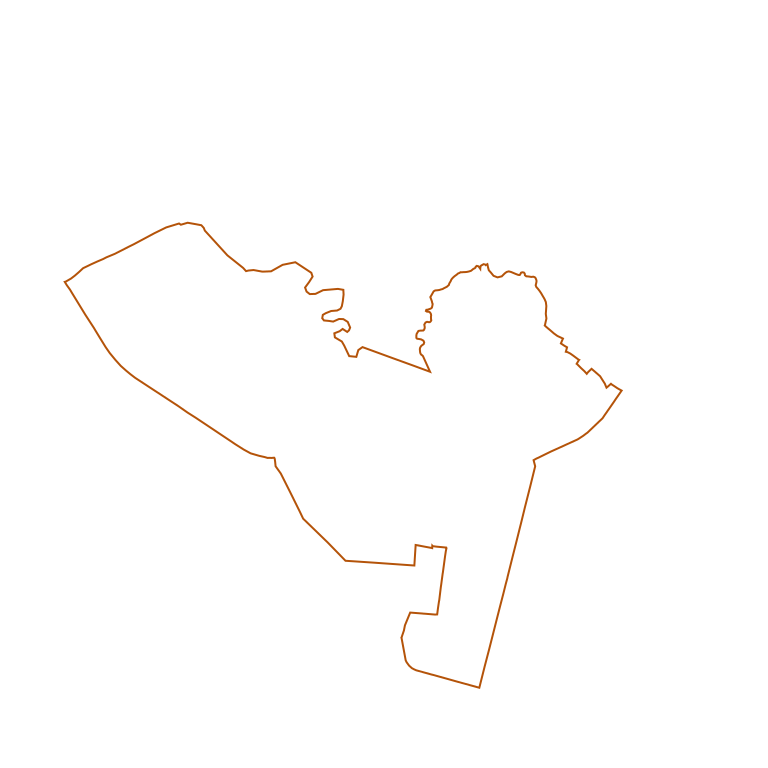 outline of Jeshwang, Banjul, Gambia, rotated 228°
{"feature_id": "56634734B33214654746760", "entity_name": "Jeshwang", "entity_type": "district", "adm_level": 2, "iso_a3": "GMB", "parent_name": "Gambia", "parent_adm1": "Banjul", "projection": "mercator", "projection_center": [-16.661, 13.451], "detail": "fine", "context": "isolated", "style": "outline", "palette": "amber", "viewbox_px": 768, "rotation_deg": 228, "n_neighbors": 0, "source": "geoboundaries", "source_scale": "gbopen_adm2", "svg_char_len": 5467}
<svg xmlns="http://www.w3.org/2000/svg" viewBox="0 0 768 768"><g transform="rotate(228 384 384)"><path d="M94.5,251.6L106.8,269.9L116.4,284.5L133.8,310.5L137.6,316.2L140.8,321.0L141.0,321.3L148.4,332.5L154.0,340.8L157.1,345.6L158.0,346.8L169.6,364.0L177.7,376.1L181.6,381.9L186.6,389.3L188.6,392.3L196.7,404.2L197.6,405.5L210.1,424.2L221.7,441.3L221.9,441.4L227.3,444.2L226.6,447.4L225.8,449.8L225.6,450.6L223.3,458.7L222.1,462.9L217.8,476.4L217.1,478.7L213.9,488.8L213.3,490.7L213.0,492.3L212.2,497.5L211.9,501.1L211.7,502.6L212.2,519.5L212.2,520.3L212.3,523.5L213.3,527.4L214.1,531.0L214.6,532.9L214.6,533.1L217.0,543.3L217.6,545.6L220.1,556.2L222.9,555.2L224.8,554.6L225.6,554.4L226.4,554.2L228.0,553.8L229.5,553.4L231.3,552.9L232.3,552.8L232.3,551.3L232.3,549.7L232.3,548.4L232.4,546.9L235.6,548.0L236.3,548.3L240.5,549.0L242.9,549.4L245.1,549.8L250.3,549.2L250.5,549.1L251.1,549.1L256.4,548.4L256.3,544.6L256.3,544.3L256.2,543.0L255.9,541.5L256.1,541.5L259.5,541.5L263.8,541.1L269.7,540.8L270.1,540.7L271.4,544.9L271.4,545.1L271.9,544.9L278.5,543.6L282.0,542.8L284.9,541.7L286.3,540.7L287.3,542.3L288.8,544.6L291.5,543.7L295.8,542.6L297.1,545.4L298.0,547.4L303.7,545.0L307.9,544.1L312.8,543.5L314.9,543.2L315.2,543.1L315.6,543.1L317.7,542.8L319.9,542.6L320.2,543.2L321.5,545.0L323.2,547.4L323.6,548.0L324.1,548.6L327.9,551.2L330.0,553.4L333.3,556.8L336.6,559.1L338.7,559.8L338.9,559.9L340.4,560.3L343.9,561.0L346.2,561.5L349.1,561.9L351.8,562.1L353.1,562.1L354.2,562.1L355.9,562.8L356.9,564.3L358.0,565.8L359.1,566.7L361.2,567.5L362.5,567.5L363.9,566.7L364.9,565.2L366.4,564.0L367.7,562.9L368.8,561.8L370.5,561.5L372.0,562.5L373.3,562.5L374.5,561.5L375.0,560.3L374.5,559.1L374.3,558.3L374.2,557.8L375.2,556.8L377.5,555.6L382.2,553.4L384.2,552.1L385.2,550.1L385.4,547.9L385.4,547.5L385.3,545.5L385.3,545.4L385.2,543.5L385.4,543.2L387.3,539.7L391.1,537.8L395.3,538.0L398.4,538.0L401.9,539.8L403.3,540.7L403.7,540.9L403.9,541.0L404.3,539.3L404.5,539.4L405.4,538.9L406.4,538.2L407.0,535.5L407.0,534.7L405.8,533.2L405.2,532.6L407.7,532.9L408.3,532.9L409.7,532.0L409.8,530.6L409.3,530.0L409.3,528.8L409.6,528.0L409.8,527.0L409.8,526.0L409.9,524.4L410.8,522.4L411.7,520.8L412.6,519.5L412.7,519.4L414.2,517.6L415.0,516.5L415.9,515.6L416.0,514.5L416.6,513.0L416.6,511.5L416.7,510.4L416.9,508.6L416.9,506.8L416.9,506.4L416.8,505.5L416.7,504.7L416.5,503.8L415.9,502.6L415.5,501.4L415.0,499.7L414.2,498.6L414.2,497.5L414.2,496.8L414.2,495.7L414.4,495.0L414.5,494.7L414.7,493.9L415.2,492.1L415.3,491.2L416.2,489.5L416.8,488.1L418.0,486.3L419.1,484.9L419.3,484.6L419.6,483.1L419.6,482.8L418.2,478.6L417.6,476.6L413.6,475.0L411.8,474.0L410.9,473.7L409.8,472.3L408.7,470.7L408.7,469.6L408.9,468.8L409.3,467.9L409.9,466.4L410.8,465.1L410.2,464.0L409.1,464.3L407.5,465.8L406.3,466.1L404.6,465.7L404.1,465.4L403.4,464.9L402.4,463.7L401.8,463.3L400.6,462.2L399.8,461.9L399.3,460.7L399.3,459.5L399.8,458.8L401.4,457.6L401.9,456.0L401.2,453.7L399.1,452.4L398.2,451.5L397.9,450.8L397.5,450.2L397.5,448.9L399.3,446.8L400.4,445.1L399.4,441.8L398.5,440.6L396.6,438.9L395.5,438.9L393.7,440.4L392.2,441.5L389.8,442.3L388.0,441.7L387.1,440.2L387.3,438.5L387.4,437.2L386.9,435.3L386.0,434.0L384.8,433.1L383.6,432.2L382.5,431.6L381.3,431.3L381.0,431.3L379.5,431.6L378.6,431.6L362.3,426.4L378.4,417.9L397.7,407.6L425.8,392.7L426.4,387.6L422.7,381.6L427.8,377.0L428.0,376.8L439.1,380.1L443.8,381.1L451.5,378.7L454.9,381.0L452.9,386.4L452.6,390.1L447.3,391.5L447.3,393.9L448.6,396.6L454.4,398.6L459.4,397.2L462.4,394.1L464.4,388.0L467.7,385.3L471.4,381.9L474.2,382.1L476.3,384.8L475.6,388.1L473.6,393.6L470.0,398.3L469.0,402.0L470.0,404.7L473.1,408.8L477.5,413.8L481.2,416.8L485.5,413.4L494.5,401.5L496.8,393.4L500.5,389.0L504.5,388.3L508.5,389.9L509.9,396.7L511.6,402.8L515.3,404.4L533.8,399.6L540.4,388.4L543.3,375.5L548.2,369.6L549.0,368.7L556.0,363.3L559.0,359.2L560.2,357.0L560.3,357.0L564.5,357.0L584.4,353.7L617.9,353.5L620.6,354.5L624.2,354.5L628.4,351.3L635.2,346.0L638.3,339.6L640.4,339.1L646.1,326.9L649.7,314.2L655.3,291.5L656.8,286.2L660.9,270.9L663.9,262.4L664.8,258.9L666.8,253.1L668.9,246.5L669.9,243.0L671.4,237.9L671.3,232.1L671.4,226.7L671.8,221.8L672.2,220.0L673.0,216.2L673.5,215.1L669.7,214.4L664.2,213.8L660.7,213.1L652.6,211.6L635.4,208.4L619.6,205.9L616.6,205.3L608.6,203.8L597.6,201.8L590.5,200.9L581.4,200.5L573.6,200.5L566.4,201.3L561.0,202.1L555.1,203.2L505.4,216.3L494.2,218.9L484.9,221.5L444.4,231.8L439.1,233.1L429.1,235.9L421.7,238.5L414.1,243.2L409.6,246.4L407.0,248.0L405.6,249.6L404.1,251.2L403.0,252.7L402.6,253.1L401.2,252.6L400.6,252.1L399.1,251.1L395.4,248.4L386.5,247.4L376.3,244.6L366.8,242.0L345.4,236.0L338.0,233.8L307.1,235.9L304.4,236.1L278.4,237.1L270.9,244.4L257.0,257.9L243.1,271.3L228.8,285.1L242.7,299.3L243.2,299.8L230.4,309.6L229.8,310.0L231.5,311.7L230.9,311.7L230.2,312.3L228.2,314.0L220.8,320.8L220.6,320.7L220.2,320.2L220.0,320.3L218.5,318.2L215.2,314.2L204.6,301.7L204.2,301.2L203.9,300.8L197.1,292.8L197.0,292.7L195.1,290.4L186.2,280.2L185.9,279.7L181.1,273.9L177.5,269.7L177.4,269.5L177.2,269.3L178.3,267.9L179.0,267.2L186.0,260.6L186.8,259.8L187.8,258.9L196.0,251.1L196.3,250.8L196.6,250.5L190.6,238.0L189.9,237.1L188.5,235.2L187.5,233.9L184.2,228.0L183.9,227.6L183.9,227.3L182.7,226.6L164.1,215.2L162.0,214.6L157.9,214.2L154.1,214.6L153.8,214.7L153.6,214.8L151.9,215.4L150.3,216.1L150.1,216.2L149.8,216.3L135.7,225.3L135.5,225.5L122.6,233.7L113.4,239.5L94.8,251.4L94.5,251.6Z" fill="none" stroke="#b45309" stroke-width="2"/></g></svg>